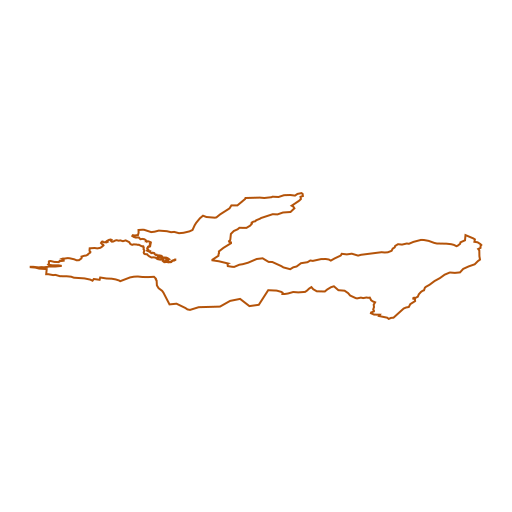 Førde nor, Sogn og Fjordane, Norway
{"feature_id": "86288312B49751827405886", "entity_name": "Førde nor", "entity_type": "district", "adm_level": 2, "iso_a3": "NOR", "parent_name": "Norway", "parent_adm1": "Sogn og Fjordane", "projection": "robinson", "projection_center": [5.859, 61.462], "detail": "fine", "context": "isolated", "style": "outline", "palette": "amber", "viewbox_px": 512, "rotation_deg": 0, "n_neighbors": 0, "source": "geoboundaries", "source_scale": "gbopen_adm2", "svg_char_len": 6049}
<svg xmlns="http://www.w3.org/2000/svg" viewBox="0 0 512 512"><path d="M132.3,236.0L133.9,237.0L135.8,237.6L138.7,237.4L140.4,239.2L142.4,238.9L144.2,239.2L145.6,240.0L145.9,240.6L145.8,241.2L146.6,241.1L146.9,241.6L147.2,241.3L148.4,241.3L150.8,242.3L150.9,242.7L150.5,243.1L150.8,243.2L150.4,243.2L150.1,243.7L150.5,243.9L150.3,244.6L150.4,244.8L149.6,245.4L150.1,246.0L150.1,246.4L149.6,246.7L148.2,246.8L148.3,247.2L147.5,247.7L147.2,248.3L148.2,249.6L147.0,250.4L147.1,250.7L148.1,251.1L150.0,251.2L149.7,251.9L150.6,252.3L150.6,252.5L151.1,252.7L151.3,253.1L152.1,253.1L152.5,252.7L154.1,253.0L154.5,253.4L154.6,254.1L155.3,254.6L156.4,254.7L156.3,255.1L157.9,255.5L158.7,255.3L161.1,255.7L162.0,256.3L161.8,257.3L162.7,257.8L163.8,257.5L164.3,257.7L164.1,257.5L166.2,257.6L167.7,258.2L168.8,259.0L168.3,259.1L168.8,259.2L168.4,259.2L168.6,259.5L167.5,260.2L166.4,260.4L164.8,260.4L166.4,260.3L166.8,260.0L166.1,260.1L168.0,259.5L168.3,258.9L164.3,257.8L163.2,258.2L161.0,257.3L160.7,256.9L159.9,256.8L159.6,257.0L158.2,257.0L158.2,257.3L157.9,257.0L157.4,258.2L157.9,258.6L159.4,259.2L162.6,259.3L163.3,259.7L163.7,260.4L164.5,260.4L163.7,260.5L163.9,261.7L164.5,262.0L168.8,261.5L169.0,261.6L168.0,261.8L170.1,262.1L172.6,260.5L174.7,259.8L174.9,259.5L175.3,259.5L175.3,260.0L174.4,260.3L174.9,260.4L172.7,260.8L171.1,262.0L171.9,261.9L170.7,262.2L166.3,262.0L164.3,262.2L163.0,261.2L163.3,260.9L162.4,259.7L160.3,259.7L157.5,259.1L156.4,258.4L155.8,257.7L153.4,257.3L151.5,257.5L149.2,256.3L147.5,254.9L147.2,254.3L144.9,254.1L144.0,253.5L143.7,252.4L144.4,250.6L143.6,249.3L143.8,249.0L143.4,247.6L143.7,247.4L143.3,246.3L141.6,246.2L138.8,244.7L138.1,244.9L136.4,244.5L134.2,244.4L133.3,244.4L132.6,244.8L131.4,244.6L130.1,243.7L129.3,242.2L125.7,240.4L122.9,241.2L120.3,240.4L118.7,240.7L116.6,240.2L115.3,240.5L113.3,241.5L111.9,241.7L111.6,241.5L111.9,241.2L110.6,240.3L111.3,239.8L110.7,239.5L108.9,239.9L106.9,241.0L107.0,241.4L106.5,241.6L107.3,242.0L106.5,242.4L103.7,242.2L103.2,242.0L103.1,241.6L103.4,241.5L102.2,241.5L101.7,241.9L101.0,243.0L102.5,244.5L103.2,244.7L103.5,245.4L101.5,247.1L100.1,247.9L97.3,248.4L94.7,248.0L89.7,248.3L89.5,250.4L89.7,251.2L90.4,251.9L90.3,252.5L88.2,254.0L87.8,254.7L85.9,255.6L84.5,255.7L81.5,256.6L81.7,257.5L81.4,258.4L79.0,260.2L76.6,260.3L74.2,259.3L69.8,258.3L67.7,258.1L62.9,258.8L62.8,258.6L61.9,258.9L63.4,259.7L63.7,260.1L63.7,260.7L61.5,261.0L59.8,260.7L59.5,261.1L60.0,261.2L58.7,262.1L54.2,261.9L50.6,261.0L49.1,261.2L48.8,261.7L49.0,263.0L48.8,263.9L48.3,264.4L49.4,264.9L52.3,265.3L58.5,265.3L61.7,265.9L55.6,266.5L48.8,266.5L47.5,266.9L43.8,267.3L41.4,267.1L38.7,267.4L33.2,266.8L30.7,266.8L30.7,267.2L35.4,267.6L39.2,268.6L46.7,269.1L46.2,274.2L48.3,274.2L53.1,275.1L55.5,274.9L59.9,276.2L67.0,276.3L71.1,276.7L73.9,277.7L84.5,278.4L90.2,279.6L92.5,280.7L93.8,279.0L99.6,279.8L100.2,277.5L106.5,278.5L111.6,278.7L115.6,279.4L119.1,280.5L120.2,281.2L130.1,277.4L133.9,276.7L137.7,276.5L142.5,277.0L147.9,277.1L154.0,276.8L155.9,278.7L155.8,279.6L156.6,280.4L156.9,285.4L158.6,288.2L162.1,290.8L163.4,292.6L169.5,304.4L176.5,303.7L185.4,308.0L187.4,309.4L190.0,309.9L198.7,307.2L220.0,306.6L230.1,300.9L240.1,298.9L249.4,306.1L258.8,304.8L268.2,290.2L276.7,290.6L281.3,291.9L282.6,292.7L282.4,294.0L284.7,294.0L288.0,293.5L293.2,292.0L298.3,292.4L305.1,291.9L307.0,290.6L309.1,288.6L311.4,287.1L313.2,289.2L316.8,291.3L324.8,291.5L327.2,289.5L331.0,287.2L333.9,286.3L338.4,290.2L344.6,290.7L348.2,293.2L350.1,295.5L355.7,298.1L357.1,298.4L360.9,297.6L363.2,298.1L366.5,297.5L368.2,297.8L369.8,297.6L371.1,300.2L372.6,301.3L375.1,302.3L373.7,304.7L374.0,307.1L373.2,309.4L374.0,310.9L373.9,311.4L371.1,312.5L370.9,313.2L374.1,314.6L379.9,314.7L379.0,316.0L387.2,317.7L388.7,318.9L391.0,317.9L393.5,317.7L403.7,308.5L406.1,307.5L408.8,307.0L410.3,304.1L415.1,301.1L415.0,299.4L414.6,298.9L413.3,298.7L413.3,298.1L414.1,297.7L415.3,298.0L417.8,296.7L418.8,294.3L421.0,291.9L422.6,290.8L424.0,290.3L424.9,287.7L425.8,286.9L429.5,284.8L434.6,281.0L439.9,278.1L444.6,274.7L449.3,272.7L450.0,272.5L454.8,272.9L460.0,272.4L463.2,268.9L468.7,266.4L474.7,264.3L477.9,261.1L480.0,259.6L479.4,256.2L479.3,250.5L478.2,249.0L480.5,247.9L480.6,245.8L481.3,245.0L480.4,244.1L477.6,242.3L474.4,241.8L474.9,239.4L473.3,238.4L465.5,235.1L465.0,240.3L460.5,242.3L460.1,243.8L457.7,245.7L456.5,246.2L453.9,244.9L451.2,244.2L446.5,243.7L436.8,243.5L434.2,242.9L428.7,240.9L423.9,240.0L421.0,239.9L413.4,241.9L408.9,243.8L406.8,243.5L402.0,244.6L398.0,244.2L395.4,245.8L395.0,246.2L394.8,247.2L394.4,247.6L392.7,248.6L391.6,250.8L387.8,252.3L384.7,252.5L381.6,252.2L361.0,254.8L358.1,255.6L351.8,253.7L346.8,254.4L341.7,253.8L341.1,255.0L340.6,255.6L334.5,258.5L330.8,260.6L328.8,259.5L325.7,259.0L321.0,259.1L312.8,260.9L310.3,260.5L307.5,262.2L301.0,263.2L296.6,266.5L293.3,267.3L290.2,269.2L283.4,267.4L281.3,266.1L272.3,262.0L268.6,261.9L262.6,258.3L256.7,259.0L248.1,262.7L242.7,264.2L239.4,264.7L234.2,266.9L232.2,266.8L227.8,266.1L227.5,263.8L228.1,263.5L219.0,261.3L212.4,260.3L212.4,259.7L218.4,255.8L218.6,253.9L219.0,253.3L218.9,251.4L219.2,251.2L223.4,247.9L231.0,243.2L231.0,242.4L229.3,241.9L229.0,241.2L230.1,240.2L230.3,239.5L230.9,233.9L233.8,231.0L237.6,229.3L239.4,227.8L246.4,227.9L250.1,225.7L251.9,223.7L251.5,223.1L251.7,222.6L253.3,221.7L255.4,221.2L256.1,220.3L259.8,218.8L261.1,218.0L272.7,214.2L277.5,214.4L283.0,212.5L290.5,212.0L294.4,208.3L293.2,206.5L291.7,205.7L299.3,200.6L300.9,199.0L300.5,196.8L302.9,196.0L302.6,193.9L301.5,193.1L297.5,193.9L295.0,195.6L290.3,195.0L284.0,195.2L278.5,197.0L272.5,196.7L271.5,197.2L264.3,198.0L259.8,197.6L245.5,198.0L245.1,199.0L237.4,205.4L231.4,205.4L229.5,208.4L220.1,214.4L216.4,217.4L214.8,217.7L206.4,217.0L203.0,215.7L199.9,218.3L196.2,222.8L194.7,225.2L192.5,230.0L189.4,231.4L183.5,232.8L179.0,233.2L174.2,231.9L171.1,232.2L166.9,231.2L158.8,230.6L154.6,231.7L151.2,232.1L144.1,229.8L142.7,229.7L138.5,230.0L138.6,232.7L138.0,235.0L134.8,235.5L132.8,235.2L132.3,236.0Z" fill="none" stroke="#b45309" stroke-width="2"/></svg>